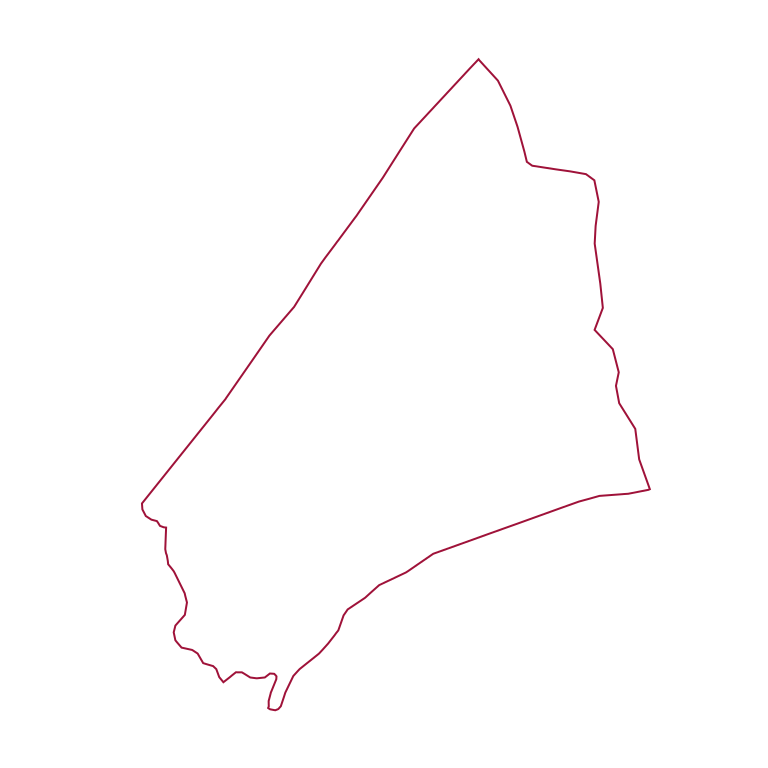 Al-Malikeyyeh, Hasaka (Al Haksa), Syria (Mercator projection), rotated 174°
{"feature_id": "27442178B99216687489351", "entity_name": "Al-Malikeyyeh", "entity_type": "district", "adm_level": 2, "iso_a3": "SYR", "parent_name": "Syria", "parent_adm1": "Hasaka (Al Haksa)", "projection": "mercator", "projection_center": [42.113, 36.959], "detail": "fine", "context": "isolated", "style": "outline", "palette": "rose", "viewbox_px": 768, "rotation_deg": 174, "n_neighbors": 0, "source": "geoboundaries", "source_scale": "gbopen_adm2", "svg_char_len": 2413}
<svg xmlns="http://www.w3.org/2000/svg" viewBox="0 0 768 768"><g transform="rotate(174 384 384)"><path d="M256.0,697.1L265.7,688.8L276.8,679.1L283.1,673.6L327.3,635.0L344.1,613.9L363.6,589.3L391.1,557.3L393.9,554.0L396.0,551.8L412.7,533.6L414.3,531.8L415.1,531.0L415.8,530.3L417.4,528.5L429.1,515.9L434.2,510.2L454.1,484.5L465.4,470.0L466.6,468.9L487.3,449.4L491.1,445.8L491.4,445.6L491.6,445.3L492.9,444.1L511.2,422.8L542.6,386.4L543.1,385.7L551.6,377.2L554.3,374.4L560.4,368.2L604.0,324.1L637.2,290.5L637.4,284.5L635.3,279.2L634.7,277.6L629.5,273.4L624.2,271.4L623.2,269.6L622.1,267.3L621.6,266.3L618.0,264.5L615.7,264.0L616.8,256.5L618.8,242.6L618.5,238.6L618.0,236.7L617.9,236.3L617.5,230.7L617.5,227.3L614.4,222.6L612.7,219.8L611.9,217.9L611.1,215.7L604.1,196.7L603.8,194.1L602.8,187.3L606.2,175.2L611.0,170.8L616.7,165.6L617.6,163.1L619.1,159.0L618.3,151.1L618.2,150.8L617.1,149.1L612.9,143.0L602.7,139.6L602.0,139.1L597.5,135.4L593.0,125.3L590.0,124.0L583.4,121.3L583.0,120.8L580.6,118.0L578.5,109.7L576.0,105.9L574.9,104.2L567.7,108.7L565.8,110.0L564.7,110.7L561.4,112.8L559.3,112.5L555.5,112.1L553.7,110.8L551.9,109.4L547.7,106.1L541.8,104.7L540.6,104.6L538.6,104.6L538.2,104.6L536.5,104.6L533.2,104.6L527.7,108.0L526.6,107.8L524.2,107.4L523.4,107.2L522.7,106.2L522.3,105.8L521.5,104.5L521.8,102.7L522.0,101.6L528.3,89.8L528.8,89.0L529.0,88.3L531.8,80.9L531.9,80.3L532.3,75.4L532.8,74.5L533.1,73.9L532.7,73.5L531.3,72.4L527.3,71.2L526.2,70.9L525.8,71.0L524.8,71.3L523.9,71.5L523.1,71.8L522.6,72.2L522.3,72.5L520.3,74.3L516.2,83.3L514.4,87.4L504.7,103.1L500.0,107.3L497.7,109.3L489.9,114.3L476.8,122.7L472.9,126.1L466.7,131.7L459.3,139.4L458.4,140.4L457.9,141.0L455.7,143.2L455.1,143.9L448.8,157.2L448.4,158.1L445.9,161.0L443.7,163.6L425.1,173.4L419.8,177.3L416.9,179.4L409.8,184.5L382.1,194.2L381.4,194.5L380.7,194.9L380.4,195.0L377.8,196.4L370.3,200.5L352.8,210.0L324.5,216.9L295.1,224.1L281.1,227.5L265.8,231.2L231.6,239.6L220.6,242.3L202.4,246.7L201.8,246.8L191.9,248.4L181.4,250.2L158.6,249.5L157.6,249.5L152.6,249.3L132.3,251.1L132.1,251.1L130.6,251.6L138.1,282.4L138.8,313.1L152.1,340.3L153.5,357.9L149.3,371.1L152.8,394.7L168.9,415.8L158.4,436.8L158.4,461.3L159.8,501.6L157.0,519.1L151.4,542.7L153.5,564.6L161.2,571.6L176.6,576.0L190.6,579.5L213.8,585.6L218.7,590.0L220.1,600.5L224.3,625.8L229.2,647.6L239.0,673.8L255.3,695.9L256.0,697.1Z" fill="none" stroke="#9f1239" stroke-width="2"/></g></svg>